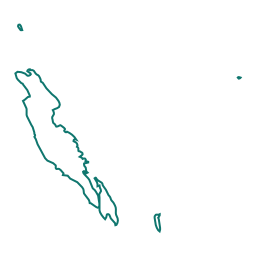 the border of Malaita
{"feature_id": "SLB-1260", "entity_name": "Malaita", "entity_type": "Province", "adm_level": 1, "iso_a3": "SLB", "parent_name": "Solomon Islands", "parent_adm1": "", "projection": "orthographic", "projection_center": [161.217, -8.863], "detail": "fine", "context": "isolated", "style": "outline", "palette": "teal", "viewbox_px": 256, "rotation_deg": 0, "n_neighbors": 0, "source": "natural_earth", "source_scale": "10m", "svg_char_len": 3103}
<svg xmlns="http://www.w3.org/2000/svg" viewBox="0 0 256 256"><path d="M96.0,206.9L90.7,203.2L89.7,203.1L89.4,201.3L88.7,199.7L84.6,194.3L84.0,193.4L83.8,192.3L83.6,190.3L83.3,189.1L82.2,187.3L77.3,182.2L70.2,178.6L67.7,175.7L62.9,175.1L63.5,173.3L60.6,170.0L59.2,169.0L58.4,168.8L56.7,169.0L56.0,168.6L55.7,167.8L55.8,166.1L55.7,165.4L53.2,163.2L47.4,160.6L45.1,158.2L37.6,144.3L35.8,139.2L34.4,136.8L35.0,135.9L35.1,135.4L35.0,134.8L34.4,134.0L34.3,132.4L32.7,127.2L31.3,124.9L27.0,116.3L26.6,114.9L26.6,109.2L26.4,108.3L23.0,100.9L24.8,99.7L27.9,97.0L29.8,96.6L29.8,95.6L27.3,90.1L23.2,84.7L22.7,83.7L21.3,83.1L17.8,79.6L16.7,78.0L15.4,73.4L17.5,71.8L21.3,72.2L25.1,73.6L27.2,75.5L28.0,75.8L29.0,75.6L30.2,75.0L30.8,74.2L30.4,73.3L27.3,71.2L27.5,70.5L28.3,69.7L29.2,69.3L30.1,69.4L30.1,70.1L32.5,70.1L33.8,70.8L35.7,73.6L37.0,74.7L38.1,75.2L39.0,76.1L40.0,78.0L40.5,79.2L40.7,80.1L40.8,81.2L41.0,81.7L42.5,82.6L42.9,83.0L46.4,88.3L51.8,94.1L56.0,97.6L58.4,100.8L59.4,102.8L59.8,104.8L59.0,107.0L57.1,108.2L54.7,109.1L52.8,110.1L53.5,111.5L53.9,112.9L53.9,114.2L52.2,117.1L52.2,118.4L52.6,119.8L52.8,121.3L53.2,122.8L55.2,124.6L55.6,125.6L56.3,126.6L57.7,126.4L60.2,125.2L61.1,125.6L64.0,127.8L64.9,128.8L64.9,129.5L64.5,130.1L64.2,130.8L64.9,131.7L65.7,132.2L66.4,132.2L66.8,131.9L67.0,131.7L69.4,132.9L72.0,134.7L74.4,137.0L76.2,139.6L74.9,139.1L73.8,139.9L73.5,141.1L74.4,141.7L75.7,142.2L76.9,143.5L77.5,145.2L76.9,146.8L77.8,147.3L78.2,148.0L78.4,148.8L78.3,149.9L78.5,151.0L79.1,151.3L79.7,151.3L80.5,151.7L81.1,152.2L81.8,152.5L82.4,153.1L82.6,154.3L82.3,154.8L79.7,156.8L81.6,157.6L82.2,158.2L82.6,158.9L84.0,158.4L85.2,158.7L85.8,159.7L85.5,161.1L86.2,161.2L88.2,161.8L88.2,162.5L85.4,163.2L84.4,163.2L84.0,163.8L84.1,165.0L84.5,166.2L85.1,166.8L85.7,167.6L86.3,171.4L87.6,172.6L86.2,173.3L85.5,172.7L85.0,171.6L84.0,171.1L83.1,171.7L83.3,172.8L84.2,174.1L88.2,178.3L89.4,180.0L92.7,188.2L93.6,189.1L94.7,190.0L96.1,192.0L98.1,195.6L99.4,203.8L99.3,206.0L98.7,207.4L97.6,207.7L96.0,206.9ZM99.5,185.5L99.1,185.7L97.9,186.0L97.5,186.2L97.5,184.0L96.8,182.0L94.6,178.3L95.4,177.7L95.9,177.8L96.7,179.1L98.1,180.5L101.7,182.7L102.4,183.7L102.8,185.4L105.9,189.8L108.5,195.1L109.8,196.6L110.3,197.5L111.1,199.8L111.9,200.9L112.9,202.0L113.7,203.1L115.0,205.6L115.7,207.5L115.9,209.3L115.8,213.1L116.1,214.8L117.6,218.3L117.9,220.6L117.4,223.0L116.4,224.9L115.4,225.2L115.0,223.1L110.8,218.4L109.8,215.9L109.2,214.7L108.0,214.1L106.9,214.5L106.2,217.4L105.1,219.2L103.4,217.4L101.6,215.0L100.1,212.4L99.5,210.2L99.5,203.8L99.5,197.7L99.3,195.4L99.3,194.1L101.0,191.1L100.7,189.4L99.9,187.7L99.5,185.5ZM159.6,231.4L158.2,230.2L156.8,227.8L155.8,225.0L154.6,217.7L154.7,216.3L155.8,214.8L157.0,214.6L158.3,214.8L159.7,214.2L159.7,215.1L159.6,215.6L158.9,216.3L158.8,217.1L158.6,217.5L158.2,217.8L158.8,219.3L160.1,227.9L160.1,229.7L159.6,231.4ZM21.0,26.3L22.2,30.1L21.5,30.2L20.6,30.1L18.6,27.4L18.0,26.1L18.5,24.8L19.7,24.6L20.3,25.2L21.0,26.3ZM238.7,78.6L237.8,77.6L238.3,77.1L239.4,77.2L240.6,77.6L240.3,78.0L239.8,78.3L239.3,78.5L238.7,78.6Z" fill="none" stroke="#0f766e" stroke-width="2"/></svg>